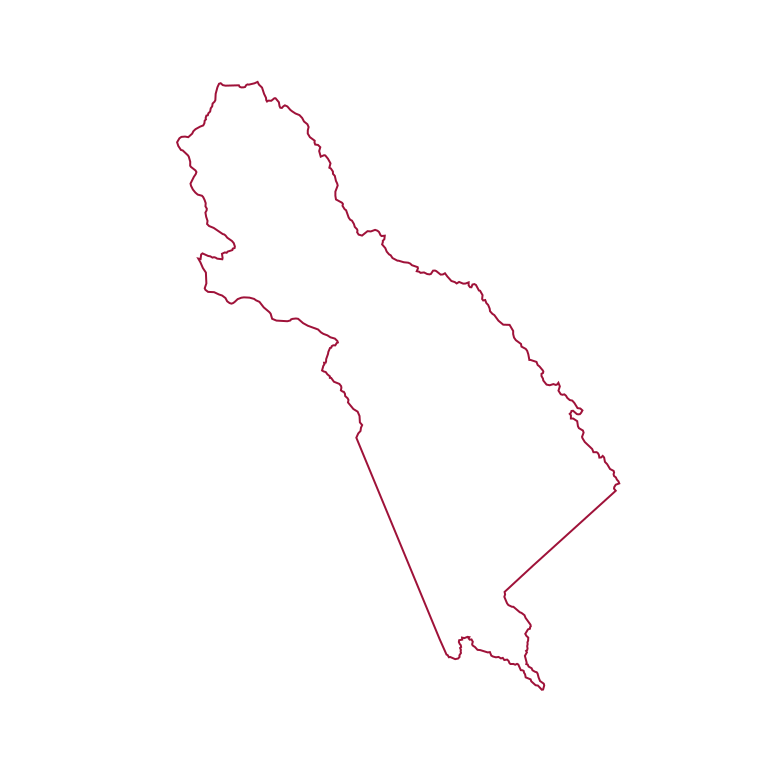 Ji-Paraná, Rondônia, Brazil (Robinson projection), rotated 318°
{"feature_id": "56859067B65069967898221", "entity_name": "Ji-Paraná", "entity_type": "district", "adm_level": 2, "iso_a3": "BRA", "parent_name": "Brazil", "parent_adm1": "Rondônia", "projection": "robinson", "projection_center": [-61.749, -10.449], "detail": "fine", "context": "isolated", "style": "outline", "palette": "rose", "viewbox_px": 768, "rotation_deg": 318, "n_neighbors": 0, "source": "geoboundaries", "source_scale": "gbopen_adm2", "svg_char_len": 6107}
<svg xmlns="http://www.w3.org/2000/svg" viewBox="0 0 768 768"><g transform="rotate(318 384 384)"><path d="M476.0,64.9L465.8,56.2L464.2,54.0L463.9,51.2L462.3,50.5L458.8,52.0L453.1,55.7L448.6,60.2L447.0,60.8L444.3,60.9L442.1,62.7L439.7,63.2L437.1,65.2L434.6,65.3L432.9,66.4L431.6,65.7L429.4,67.0L428.8,68.2L427.0,68.3L424.9,70.1L422.7,70.9L419.6,69.7L414.4,68.5L411.4,68.6L409.0,69.6L403.7,69.6L401.7,67.0L398.8,64.8L396.4,64.5L392.0,65.9L390.4,69.5L389.7,74.2L390.7,75.7L391.3,83.0L391.0,84.5L388.7,89.2L386.0,92.1L385.8,93.5L386.8,99.2L386.4,101.0L384.4,102.1L381.4,102.8L374.3,105.6L373.2,107.6L372.1,111.6L371.9,115.5L372.3,118.6L374.7,122.3L374.7,124.1L373.8,127.2L372.5,130.3L370.2,132.5L369.6,135.2L368.3,136.3L366.0,137.1L363.7,140.8L362.0,144.7L359.6,146.7L359.7,149.5L361.9,154.1L364.5,164.7L365.3,165.9L365.6,167.6L365.4,170.4L366.7,176.0L366.6,178.8L365.2,182.0L363.9,183.0L362.2,182.2L360.9,183.0L356.4,181.0L354.9,181.2L353.7,179.7L350.7,178.8L348.4,182.3L347.3,183.1L343.9,179.2L343.4,177.4L342.5,176.0L341.1,175.3L340.4,173.0L339.0,171.2L336.5,165.5L334.8,165.4L331.3,168.4L329.9,166.5L329.0,170.7L327.0,176.6L326.2,182.0L319.3,190.4L314.8,192.9L314.3,194.6L314.9,197.8L319.2,202.1L321.3,207.1L322.9,209.9L323.7,214.0L322.8,217.6L323.4,220.5L324.4,222.2L326.0,222.9L327.9,223.1L332.0,223.0L335.7,224.4L337.9,225.9L341.8,229.8L344.4,233.8L344.9,236.2L346.4,239.6L345.9,246.6L346.9,254.0L346.8,255.9L344.5,260.7L346.5,264.9L354.2,272.7L356.9,274.1L358.2,273.8L359.6,274.4L362.4,276.4L363.8,278.1L364.6,284.6L366.4,289.8L371.5,299.4L371.7,303.4L372.5,306.2L374.5,310.0L375.4,313.4L377.9,317.4L378.1,320.9L377.5,322.3L376.3,321.9L373.6,322.7L372.2,321.3L370.5,320.9L369.1,321.7L368.0,321.1L364.1,322.9L362.5,324.2L357.7,326.8L355.9,328.6L354.8,329.1L353.7,328.1L352.8,329.5L351.1,329.9L347.0,332.5L347.6,334.4L348.7,336.1L348.4,338.9L348.9,342.1L347.9,343.2L348.8,344.1L348.3,348.8L350.9,354.1L350.7,356.9L349.8,358.3L347.7,359.9L348.2,362.0L348.9,362.9L348.5,365.0L347.1,367.0L347.4,370.3L346.9,372.1L344.9,373.6L344.5,382.1L345.9,386.9L344.4,391.4L340.4,396.4L340.3,399.9L337.6,401.1L335.1,403.2L331.8,403.5L327.5,405.4L254.6,610.9L249.4,626.9L249.9,628.1L249.4,630.5L250.5,631.1L252.8,636.1L255.4,637.6L257.5,637.4L258.5,636.1L261.2,635.4L262.1,633.9L263.2,633.1L263.9,631.1L265.3,631.1L266.3,629.4L266.3,627.9L267.0,625.8L268.4,624.7L271.1,626.3L272.3,624.7L273.7,626.6L276.9,627.8L278.0,629.2L276.7,629.6L276.6,631.3L278.1,632.4L277.5,635.0L275.4,636.3L274.9,637.6L275.6,640.4L275.6,644.1L277.5,646.2L281.5,652.9L283.3,654.1L282.0,657.6L282.6,659.4L284.3,662.0L286.5,663.5L287.3,666.2L289.0,667.0L288.7,669.6L291.1,671.2L291.3,673.1L290.5,675.3L290.6,676.7L292.8,678.6L293.7,680.4L295.6,681.0L296.1,682.3L294.2,688.2L295.4,689.5L295.8,690.7L294.9,692.3L294.6,694.1L293.0,696.8L295.3,701.6L294.5,703.5L295.1,709.3L296.6,711.1L296.7,716.8L297.8,717.5L301.4,715.2L302.2,713.6L301.2,709.2L302.5,705.6L304.4,701.9L304.6,700.4L303.6,698.7L302.8,696.1L303.5,694.0L302.4,690.8L303.1,688.6L302.3,687.4L303.6,686.5L306.8,680.3L310.7,679.0L311.0,677.4L312.4,677.5L313.7,676.6L315.0,674.6L316.6,673.5L317.8,671.9L319.3,671.2L321.5,669.0L321.3,666.4L321.8,664.2L326.8,662.7L328.7,663.5L329.7,662.5L330.9,662.3L331.8,660.9L332.7,652.5L333.7,649.8L333.0,646.1L332.2,644.5L331.1,636.2L330.0,635.1L328.5,631.5L328.7,629.3L331.0,622.7L333.2,621.4L334.5,619.2L373.3,618.7L484.8,618.4L484.9,615.7L486.1,614.7L488.8,613.9L492.3,615.3L493.1,613.2L493.1,610.8L493.8,608.6L493.4,606.3L494.3,604.6L495.8,603.7L496.5,602.2L495.1,598.4L496.2,592.9L496.1,589.7L498.4,585.9L498.4,583.8L496.3,583.9L494.8,582.8L496.3,580.3L496.7,578.4L496.4,577.0L494.0,574.8L495.2,571.6L494.4,561.5L495.2,557.2L495.8,555.8L499.8,553.7L500.7,551.7L499.3,547.2L499.9,545.1L502.7,540.9L501.5,536.3L499.8,534.7L502.0,532.3L502.0,530.5L503.8,530.4L505.3,529.5L506.6,530.4L507.2,535.4L508.0,536.5L509.4,537.5L511.2,537.3L513.8,536.4L513.5,533.6L511.7,531.4L512.8,525.4L512.8,522.3L511.3,520.2L510.9,517.0L511.4,514.5L511.1,512.4L509.4,511.4L508.5,509.9L509.2,505.7L513.1,503.4L514.4,499.8L512.5,500.2L511.1,499.7L509.8,497.4L506.3,495.8L504.4,493.2L504.7,488.0L505.7,486.4L506.4,483.4L507.9,481.8L509.6,482.2L510.8,481.3L511.1,480.1L511.3,474.9L510.9,472.8L512.1,469.6L509.0,464.2L508.1,463.4L511.1,458.5L512.6,455.1L512.8,452.7L511.2,448.2L512.6,445.9L511.3,439.7L511.7,436.5L513.4,433.3L515.5,431.0L516.9,424.1L512.3,419.7L511.4,413.5L512.1,406.6L511.5,404.4L511.5,400.9L513.0,398.6L514.3,394.9L514.2,392.4L515.4,389.3L513.6,388.3L513.8,386.5L516.7,383.9L517.8,379.0L517.1,378.0L518.6,372.0L518.0,370.2L516.3,369.3L513.7,370.6L512.7,369.6L512.9,367.3L514.9,365.1L511.8,363.9L510.0,362.4L508.1,358.4L505.3,357.9L504.8,355.6L503.0,352.5L503.0,346.5L503.4,342.5L501.1,342.0L499.3,340.6L498.4,335.1L497.8,333.8L496.3,332.6L492.5,333.6L491.2,333.0L489.7,331.2L488.4,327.9L485.5,325.8L485.3,324.2L483.8,322.1L486.6,320.8L487.2,319.7L484.2,314.3L484.1,312.2L483.2,310.1L480.2,306.8L477.4,302.2L476.5,301.3L474.6,296.1L475.1,292.8L474.5,291.1L474.6,287.4L475.9,283.9L476.0,279.0L478.2,277.7L478.9,276.8L481.2,276.6L483.8,274.3L481.2,272.4L481.0,271.1L482.0,267.7L481.7,265.7L480.5,263.5L476.3,261.8L474.0,259.4L467.0,259.0L465.1,256.0L465.6,253.2L466.8,252.4L467.5,251.1L467.4,247.7L468.7,245.0L469.5,241.2L468.8,239.3L469.1,236.7L472.1,229.5L471.7,227.8L472.4,223.8L473.9,222.8L474.1,221.3L471.8,214.7L473.8,211.6L476.6,208.5L482.4,205.5L483.4,203.6L484.2,200.9L486.7,196.4L486.7,193.7L488.2,191.9L488.7,188.3L488.1,186.7L491.9,184.2L493.1,179.0L493.3,174.9L492.6,173.9L489.1,172.7L491.7,167.5L495.1,165.4L494.9,162.2L493.1,160.0L493.9,158.1L495.3,156.8L494.1,151.0L494.9,146.9L497.1,144.5L499.9,142.6L500.9,139.7L500.2,135.4L501.2,131.5L501.1,127.6L499.2,123.7L498.2,119.9L497.8,117.6L497.9,113.1L496.8,110.6L494.9,110.3L492.8,110.5L491.8,109.3L492.3,107.6L494.4,104.3L494.6,99.1L493.7,98.3L489.8,98.1L487.6,96.0L486.1,95.8L486.4,94.3L487.8,92.4L489.0,88.2L491.7,82.1L491.4,77.8L492.2,74.9L489.0,73.9L483.9,71.1L483.0,70.0L481.6,69.7L479.5,70.3L478.2,69.6L476.4,68.1L475.6,66.5L476.0,64.9Z" fill="none" stroke="#9f1239" stroke-width="2"/></g></svg>